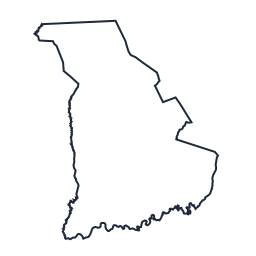 Kabompo, North-Western, Zambia (Natural Earth projection), rotated 357°
{"feature_id": "96606910B9917173826335", "entity_name": "Kabompo", "entity_type": "district", "adm_level": 2, "iso_a3": "ZMB", "parent_name": "Zambia", "parent_adm1": "North-Western", "projection": "natural_earth1", "projection_center": [23.814, -13.517], "detail": "fine", "context": "isolated", "style": "outline", "palette": "slate", "viewbox_px": 256, "rotation_deg": 357, "n_neighbors": 0, "source": "geoboundaries", "source_scale": "gbopen_adm2", "svg_char_len": 5792}
<svg xmlns="http://www.w3.org/2000/svg" viewBox="0 0 256 256"><g transform="rotate(357 128 128)"><path d="M121.2,20.3L48.1,19.8L47.8,20.9L47.3,20.7L47.3,21.2L46.9,21.7L46.6,21.5L46.6,21.1L46.1,21.9L44.9,22.8L44.9,23.2L44.3,23.3L44.6,24.0L43.6,24.7L43.5,26.5L42.5,26.8L42.6,27.2L42.4,27.3L42.1,26.9L41.9,27.7L41.6,27.2L41.2,27.3L41.3,27.8L40.8,27.8L40.8,28.3L39.6,29.0L41.2,30.5L42.9,31.6L43.4,33.0L43.5,35.2L44.2,36.0L57.6,37.4L58.8,40.2L61.0,42.3L66.6,59.1L66.8,67.7L72.7,73.1L80.8,81.3L80.1,84.5L79.6,84.8L78.9,86.1L78.3,86.4L78.1,87.2L77.2,88.1L75.6,91.1L73.1,93.5L73.3,94.0L72.8,94.3L72.9,94.5L72.4,95.4L72.5,95.6L72.3,95.6L72.1,96.5L71.7,97.0L71.8,97.3L71.4,97.7L71.2,97.5L70.8,98.0L70.6,99.5L71.1,99.7L70.8,100.5L71.2,100.8L71.1,101.4L70.7,101.7L71.1,102.2L70.8,102.4L70.9,103.5L70.6,103.4L70.9,103.7L70.7,104.6L71.0,105.1L70.7,105.2L70.2,105.4L70.6,105.9L70.1,106.5L70.4,107.0L69.6,109.0L70.5,109.7L70.5,110.5L70.8,110.5L71.1,110.9L71.0,112.3L70.3,113.2L70.7,113.4L71.0,114.4L71.3,114.4L71.3,115.1L71.7,115.3L71.1,115.8L71.6,116.5L71.3,117.9L71.7,118.4L71.3,118.6L71.3,118.8L71.6,118.9L71.2,119.2L71.2,120.1L70.9,120.4L71.1,120.5L71.1,121.9L70.4,122.5L70.6,123.0L71.0,123.1L71.3,124.4L71.7,124.6L71.5,125.2L72.0,125.3L72.0,126.1L71.3,127.4L71.7,127.6L71.8,128.6L72.0,128.8L71.3,129.8L71.7,130.7L71.4,131.0L71.6,131.7L71.3,131.8L71.1,133.2L70.8,133.5L71.0,133.7L70.8,134.3L70.5,134.4L70.7,135.1L70.8,138.1L71.1,138.8L70.8,139.1L71.0,139.3L70.8,140.3L71.0,140.5L70.6,141.3L70.2,141.3L70.5,141.8L71.0,141.7L71.0,142.2L71.4,142.8L71.3,143.4L71.6,143.9L71.4,143.9L71.3,144.4L71.9,145.9L71.8,146.4L72.3,146.9L72.2,147.6L72.6,147.8L72.4,148.1L73.2,149.5L73.4,150.3L72.9,151.0L73.3,152.3L72.6,155.4L72.6,159.0L71.7,162.0L71.7,163.5L72.3,165.6L73.3,167.4L73.3,168.6L72.0,172.8L72.4,175.0L73.4,176.0L73.2,177.3L75.2,181.2L75.6,182.9L73.0,191.3L73.5,193.8L73.9,194.4L73.5,194.8L73.7,195.5L72.9,195.9L72.9,195.5L72.7,195.8L72.4,195.5L72.5,196.5L72.3,196.5L71.8,197.2L71.2,197.1L71.2,197.7L70.6,197.7L70.2,197.4L70.4,198.1L69.7,199.8L68.9,199.7L67.6,197.9L66.9,197.6L66.7,198.1L67.0,198.0L67.3,198.6L66.4,199.0L66.4,199.9L66.3,199.7L66.0,200.1L65.9,199.9L65.8,200.2L64.9,200.7L64.7,201.2L64.9,201.2L64.7,201.7L65.8,202.2L66.0,202.7L65.7,202.9L66.0,204.0L66.2,203.7L66.6,204.4L67.5,205.0L67.2,205.1L67.4,205.6L67.1,206.3L66.6,206.8L66.9,207.0L66.5,207.2L66.4,208.1L65.7,208.1L66.0,208.7L65.8,209.1L66.3,209.5L66.3,210.1L65.3,210.8L65.5,211.1L64.9,211.9L64.4,213.7L63.5,214.3L63.2,215.2L62.5,215.5L62.5,216.0L62.2,216.4L61.5,216.3L61.0,216.8L61.5,218.0L61.8,218.1L61.8,218.8L62.0,218.8L61.5,219.0L61.4,219.6L61.0,219.6L60.9,220.1L60.2,220.7L59.3,221.0L58.9,221.7L59.2,223.6L58.6,223.9L58.6,225.0L58.2,225.2L58.7,225.4L58.7,225.9L57.4,228.1L58.1,229.3L58.4,229.5L58.8,231.6L59.2,231.7L59.1,231.9L59.4,232.4L59.3,232.6L59.7,232.9L59.4,234.2L59.8,234.5L59.6,234.9L60.0,235.4L62.6,234.9L64.0,235.9L64.9,236.0L66.1,235.1L67.4,234.6L69.2,234.7L71.0,233.2L71.9,231.8L73.3,231.2L74.8,231.6L76.6,233.4L77.1,234.4L77.2,235.5L77.5,236.1L77.9,236.2L79.5,235.3L82.5,234.8L83.2,234.3L85.0,231.7L86.6,227.7L87.9,225.8L90.2,225.1L92.9,226.1L94.5,225.8L95.2,225.3L95.5,224.6L95.7,222.4L96.7,221.4L98.9,221.6L100.0,222.2L100.5,223.5L100.3,225.8L100.5,226.7L101.2,228.2L102.8,229.9L103.7,229.9L105.5,228.3L106.9,228.0L107.5,227.2L108.0,225.5L108.6,224.5L109.1,224.3L111.0,224.7L111.7,225.5L113.4,226.3L114.9,225.4L115.6,225.6L116.7,226.5L117.6,228.3L118.2,228.6L118.6,228.4L119.0,227.6L119.1,226.2L119.4,225.6L120.8,225.2L123.6,227.1L124.0,228.5L124.5,229.0L127.3,228.5L130.3,230.1L133.5,230.9L133.7,230.6L133.7,229.7L132.1,228.4L131.9,227.3L132.5,226.8L134.7,227.8L135.8,227.6L137.0,223.0L137.8,222.2L140.0,221.2L141.6,221.8L141.8,222.2L141.6,223.0L140.6,224.9L140.9,225.4L141.9,226.0L142.7,226.1L144.3,224.8L145.2,223.6L145.3,222.8L145.1,221.1L144.4,220.0L145.3,219.2L146.5,219.6L146.8,219.5L147.0,218.7L146.8,217.1L147.2,216.4L148.5,216.0L149.4,216.8L149.4,219.1L148.7,220.3L148.9,220.6L149.3,220.7L150.2,220.3L151.5,221.6L153.8,221.4L154.4,221.9L154.7,221.8L156.7,219.0L157.0,217.7L157.7,217.1L157.8,215.9L158.5,215.7L158.2,214.8L158.5,214.1L159.1,214.0L160.1,214.3L160.6,215.0L161.7,215.4L163.9,214.9L164.7,213.6L165.8,212.7L165.9,212.1L165.3,211.3L165.6,210.9L167.0,210.8L168.6,211.8L169.0,211.2L170.3,210.3L171.2,208.7L172.2,209.1L173.5,208.5L173.8,208.0L174.6,208.6L174.2,209.6L173.5,210.3L172.3,210.7L173.2,211.6L173.8,212.9L174.3,212.7L174.7,211.2L174.9,211.0L177.1,210.5L177.3,210.9L177.0,211.6L178.9,213.9L179.2,216.1L180.3,216.5L182.4,216.5L183.5,217.4L183.9,217.1L184.0,216.7L183.0,215.9L183.3,214.4L183.7,214.4L185.0,216.4L185.4,216.7L185.9,216.1L185.9,214.5L185.4,213.5L183.6,212.8L183.5,211.8L182.8,211.5L182.3,211.0L182.2,210.5L182.8,210.1L184.4,211.0L185.3,210.8L185.5,210.2L185.3,209.3L185.4,207.1L185.6,206.6L186.9,206.4L188.3,208.9L189.5,208.4L190.0,208.7L189.8,209.4L189.9,209.9L190.8,211.1L191.0,212.2L191.2,212.4L191.7,211.5L193.4,210.7L193.8,209.8L194.1,209.9L195.2,209.1L195.7,208.1L195.8,207.3L198.6,204.2L199.3,204.1L200.9,203.1L201.3,202.7L201.5,201.4L203.9,200.0L206.1,198.3L207.4,195.9L208.2,193.6L208.7,193.2L208.5,192.9L208.8,191.4L209.4,190.3L209.3,188.5L209.9,185.5L209.6,182.4L210.5,179.7L213.7,174.1L213.9,171.6L213.6,169.6L214.2,166.5L215.2,162.1L216.4,160.3L213.5,156.4L175.6,141.9L175.8,141.1L176.4,141.0L176.1,139.1L177.1,137.7L177.8,135.0L178.9,134.0L179.2,132.7L179.5,132.4L181.2,132.2L182.3,131.5L183.6,129.0L184.8,128.7L186.2,125.3L186.6,125.0L187.5,125.6L189.7,125.9L191.7,125.6L181.3,106.7L177.1,100.0L164.3,104.0L157.1,87.1L158.2,86.5L159.7,85.1L160.9,83.4L161.8,82.8L162.0,82.2L161.2,80.0L160.9,77.6L160.2,75.8L159.9,74.2L146.1,63.4L139.1,57.6L134.9,55.5L134.4,55.0L132.6,51.9L130.3,42.8L130.3,41.8L121.2,20.3Z" fill="none" stroke="#1e293b" stroke-width="2"/></g></svg>